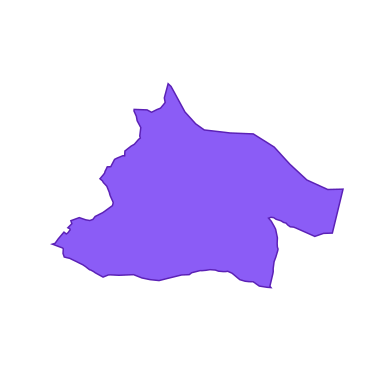 outline of Udenu, Enugu, Nigeria, rotated 347°
{"feature_id": "59680162B44643250914735", "entity_name": "Udenu", "entity_type": "district", "adm_level": 2, "iso_a3": "NGA", "parent_name": "Nigeria", "parent_adm1": "Enugu", "projection": "mercator", "projection_center": [7.531, 6.881], "detail": "fine", "context": "isolated", "style": "filled", "palette": "violet", "viewbox_px": 384, "rotation_deg": 347, "n_neighbors": 0, "source": "geoboundaries", "source_scale": "gbopen_adm2", "svg_char_len": 2019}
<svg xmlns="http://www.w3.org/2000/svg" viewBox="0 0 384 384"><g transform="rotate(347 192 192)"><path d="M339.8,223.2L324.8,220.1L310.6,209.2L306.6,206.1L293.5,186.8L285.0,171.7L282.2,166.7L264.8,149.2L242.2,143.0L238.4,141.6L217.9,134.3L210.9,126.4L203.1,112.4L196.9,90.0L195.3,84.4L193.1,81.1L186.2,94.1L186.0,98.7L183.8,100.5L180.2,103.2L176.3,103.8L170.5,105.2L166.7,101.9L154.2,98.5L153.7,100.0L154.8,105.7L154.6,110.2L156.6,117.7L153.7,125.7L153.8,127.8L151.8,128.7L146.6,132.5L143.0,133.6L135.9,136.9L134.5,141.6L132.8,141.1L126.7,142.1L123.9,142.8L118.5,149.1L115.1,148.4L113.4,150.6L112.0,152.2L111.1,153.9L109.3,155.4L105.3,158.4L107.3,161.1L107.7,162.7L108.2,163.6L110.3,167.2L111.5,174.8L111.3,175.0L111.5,177.4L112.7,183.4L112.8,184.8L111.4,187.4L100.5,192.0L92.3,194.0L92.2,194.0L89.3,196.4L86.0,196.8L82.2,195.2L76.4,191.6L67.5,192.7L67.8,195.9L63.0,198.9L64.4,200.1L64.8,200.7L64.7,201.6L63.9,202.1L63.3,202.7L62.0,203.8L60.2,204.6L59.4,203.9L58.8,202.9L58.2,202.3L51.1,207.6L47.5,210.8L46.9,211.2L44.2,211.4L53.4,217.5L53.8,218.4L52.5,222.9L52.9,226.6L55.8,228.1L57.9,229.1L59.6,230.5L63.6,233.7L66.6,236.2L69.1,238.2L71.1,240.3L74.7,244.7L75.7,245.2L78.1,247.3L79.6,249.0L86.2,254.9L90.0,254.3L91.8,254.0L94.0,254.4L102.1,256.7L116.5,259.4L123.9,264.5L131.3,267.9L140.0,270.9L148.7,270.7L163.3,270.5L170.7,271.9L172.1,271.3L173.5,270.6L178.1,270.5L182.2,270.4L184.1,270.9L187.8,271.4L192.0,271.7L197.2,273.3L200.0,275.1L204.6,276.6L206.8,277.1L209.0,277.3L212.7,280.1L214.5,282.4L216.8,285.5L218.9,288.2L223.7,290.9L227.4,292.2L231.4,293.2L236.4,298.8L243.9,301.8L247.4,302.9L246.7,301.3L252.4,289.8L253.2,287.9L253.9,284.8L256.3,278.4L259.0,274.3L262.3,268.5L263.0,266.9L262.8,264.8L263.4,261.3L264.9,255.9L265.1,247.1L264.3,243.8L262.6,238.2L260.7,234.7L263.3,234.4L265.9,235.4L267.7,237.4L272.4,240.2L274.3,242.2L276.6,243.4L277.9,245.7L279.9,248.0L283.2,249.1L285.2,250.5L300.9,262.3L301.6,262.9L310.8,261.9L319.5,263.6L339.8,223.2Z" fill="#8b5cf6" stroke="#5b21b6" stroke-width="1.5"/></g></svg>